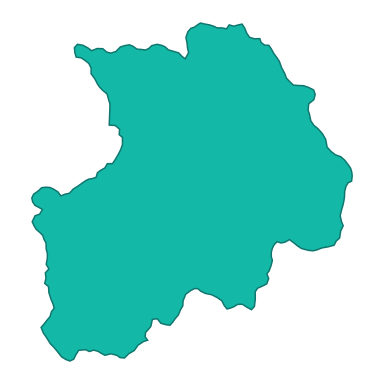 outline of Santo Antônio do Amparo, Minas Gerais, Brazil
{"feature_id": "56859067B88751965199832", "entity_name": "Santo Antônio do Amparo", "entity_type": "district", "adm_level": 2, "iso_a3": "BRA", "parent_name": "Brazil", "parent_adm1": "Minas Gerais", "projection": "robinson", "projection_center": [-44.951, -20.918], "detail": "fine", "context": "isolated", "style": "filled", "palette": "teal", "viewbox_px": 384, "rotation_deg": 0, "n_neighbors": 0, "source": "geoboundaries", "source_scale": "gbopen_adm2", "svg_char_len": 3185}
<svg xmlns="http://www.w3.org/2000/svg" viewBox="0 0 384 384"><path d="M348.1,164.6L344.9,160.4L340.9,156.8L335.2,154.7L331.0,151.4L327.1,147.1L325.7,139.4L322.5,133.8L318.0,128.7L313.8,125.3L310.8,120.8L309.4,114.1L308.1,110.1L308.7,103.8L313.9,99.6L315.2,94.3L313.6,89.9L308.5,87.4L303.5,85.7L298.6,85.5L293.4,85.1L290.1,82.0L286.4,78.1L284.6,73.3L281.7,67.9L279.3,61.3L276.6,57.3L273.6,53.1L271.3,48.9L268.8,45.3L264.5,45.1L261.1,42.4L259.8,38.6L254.4,38.8L249.5,37.3L246.7,33.1L244.7,28.1L242.1,24.1L238.4,24.9L233.8,26.2L229.2,24.9L226.5,28.8L222.0,27.9L217.1,27.9L213.6,26.2L209.5,24.9L204.1,23.9L200.4,23.0L197.5,24.9L194.4,27.2L190.9,28.3L187.9,31.7L185.9,37.5L187.1,43.3L187.5,48.0L188.6,52.7L185.2,58.8L182.1,56.5L178.7,52.9L173.8,51.4L168.4,49.9L165.0,46.8L161.6,45.3L157.1,44.3L151.8,45.6L148.9,48.4L145.6,50.0L141.6,49.5L136.9,49.1L133.2,46.4L129.5,44.8L124.7,45.6L120.3,47.0L115.8,51.6L110.7,53.1L106.6,52.0L102.8,48.7L97.2,48.5L91.7,50.7L88.0,48.0L83.1,45.3L77.5,44.3L74.4,47.6L74.9,52.9L76.2,57.1L81.0,57.8L84.6,60.1L88.8,63.4L91.1,68.1L91.1,73.8L94.8,78.8L97.3,83.7L99.5,87.0L102.6,90.3L107.0,93.9L108.5,99.2L109.9,103.8L109.9,108.2L109.7,112.6L109.5,118.1L109.2,125.1L115.2,125.5L119.6,129.2L119.2,134.7L122.4,137.3L122.5,144.4L120.8,149.4L118.8,153.4L115.9,158.5L112.5,163.6L107.3,163.7L104.8,168.0L100.6,170.3L97.4,172.8L96.1,177.3L92.2,178.6L88.8,179.1L85.5,180.8L82.1,183.1L78.7,185.6L73.3,189.0L69.5,193.2L65.0,194.2L60.9,195.9L57.9,191.9L54.0,189.4L50.1,187.5L45.9,187.2L41.6,187.7L38.3,190.9L33.6,194.2L31.8,198.1L32.7,202.0L35.0,205.4L38.7,207.3L42.4,209.5L39.6,214.2L35.0,215.8L32.2,221.8L34.3,226.3L36.3,229.5L39.6,232.3L42.7,235.3L44.0,239.3L46.0,243.0L46.2,249.1L47.4,253.8L47.3,258.4L46.2,264.3L48.9,268.9L45.3,272.9L46.0,278.1L44.7,283.4L48.5,286.6L48.9,292.7L50.9,299.0L53.1,304.2L54.2,308.2L51.5,311.6L50.0,316.6L47.0,320.2L44.2,323.8L41.1,327.4L43.3,332.9L47.0,338.3L50.4,343.8L54.0,347.4L57.3,351.4L61.5,356.8L65.8,359.5L70.0,361.0L73.7,359.2L75.7,355.1L78.7,350.3L85.5,349.7L89.4,351.5L93.7,350.1L98.0,351.3L101.4,353.4L105.0,355.3L110.8,353.8L116.9,355.3L120.0,357.6L124.5,358.0L128.8,353.7L134.3,350.5L138.0,345.2L143.4,341.6L147.6,340.2L145.1,336.8L145.6,332.4L148.0,329.9L150.8,326.5L152.4,319.3L157.3,318.8L160.9,323.3L166.4,324.8L170.0,325.2L172.6,322.3L175.3,318.5L178.4,314.9L180.4,309.9L182.8,305.9L183.1,300.7L185.7,294.3L190.6,290.6L194.5,288.6L197.9,288.7L200.7,291.2L205.3,293.4L211.9,294.8L217.8,297.9L221.9,300.9L224.1,305.3L227.0,309.0L230.7,308.0L233.9,306.7L237.6,304.4L242.3,304.2L247.4,307.5L251.5,309.7L254.4,306.5L255.3,299.4L255.2,291.8L257.6,288.2L262.4,286.1L266.7,283.9L268.7,278.6L266.9,273.8L269.1,271.0L271.1,265.5L272.4,260.4L271.3,256.7L271.3,252.5L272.2,248.7L274.0,244.9L277.1,241.7L281.1,243.0L285.1,242.1L289.5,239.6L294.0,243.0L297.7,246.0L301.5,248.5L305.1,249.5L308.9,250.4L313.1,250.8L316.8,249.9L322.1,247.9L328.3,246.8L334.1,245.2L336.3,240.9L339.6,238.1L340.7,231.0L343.2,225.8L341.4,221.3L340.2,215.7L341.6,209.8L342.9,205.4L343.8,201.4L344.5,197.0L344.7,191.3L346.0,186.3L348.1,182.8L351.6,181.2L352.2,176.1L351.8,172.2L350.6,168.2L348.1,164.6Z" fill="#14b8a6" stroke="#0f766e" stroke-width="1.5"/></svg>